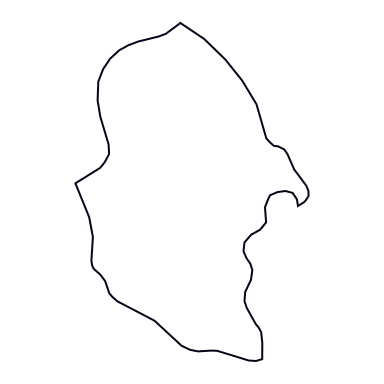 map outline of Phú Thọ (Robinson projection)
{"feature_id": "VNM-469", "entity_name": "Phú Thọ", "entity_type": "Province", "adm_level": 1, "iso_a3": "VNM", "parent_name": "Vietnam", "parent_adm1": "", "projection": "robinson", "projection_center": [105.192, 21.309], "detail": "fine", "context": "isolated", "style": "outline", "palette": "ink", "viewbox_px": 384, "rotation_deg": 0, "n_neighbors": 0, "source": "natural_earth", "source_scale": "10m", "svg_char_len": 1055}
<svg xmlns="http://www.w3.org/2000/svg" viewBox="0 0 384 384"><path d="M256.5,104.3L266.3,138.3L269.4,141.8L273.9,145.9L278.0,146.3L284.2,149.4L287.4,154.0L294.2,169.5L306.3,185.7L308.4,190.9L308.6,195.8L306.3,199.6L304.3,202.0L300.6,204.4L298.0,206.0L296.9,199.3L292.6,192.9L285.4,191.0L277.4,192.1L270.0,195.3L268.1,199.3L266.0,204.6L265.0,207.3L266.1,222.4L260.0,229.8L251.2,234.7L244.5,242.4L243.5,251.3L246.4,258.0L250.4,263.9L252.3,270.1L251.0,279.7L245.2,292.0L244.5,301.1L246.8,308.0L253.1,319.3L256.0,324.4L258.7,327.6L261.2,332.3L262.3,343.0L262.2,359.1L256.0,361.0L248.7,360.5L217.1,350.8L210.9,350.6L198.0,351.4L190.1,349.8L181.6,345.8L154.5,320.7L117.5,301.4L112.2,296.7L109.3,293.3L105.1,281.0L100.1,274.4L93.8,268.9L92.1,265.4L91.4,260.6L92.9,236.9L89.2,217.3L75.4,183.3L100.1,167.9L104.8,162.1L109.1,154.0L108.6,144.4L100.3,116.7L97.6,100.5L98.3,81.6L103.1,69.2L110.1,58.7L119.2,50.3L128.4,45.2L138.4,41.5L158.6,36.5L165.7,33.9L180.4,23.0L204.1,38.9L225.3,59.5L242.2,80.6L256.5,104.3Z" fill="none" stroke="#020617" stroke-width="2"/></svg>